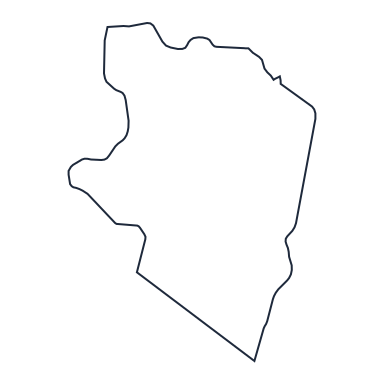 outline of Eastern Highlands
{"feature_id": "PNG-1243", "entity_name": "Eastern Highlands", "entity_type": "Province", "adm_level": 1, "iso_a3": "PNG", "parent_name": "Papua New Guinea", "parent_adm1": "", "projection": "robinson", "projection_center": [145.54, -6.548], "detail": "fine", "context": "isolated", "style": "outline", "palette": "slate", "viewbox_px": 384, "rotation_deg": 0, "n_neighbors": 0, "source": "natural_earth", "source_scale": "10m", "svg_char_len": 1431}
<svg xmlns="http://www.w3.org/2000/svg" viewBox="0 0 384 384"><path d="M147.1,23.0L150.4,23.4L153.3,25.6L162.4,41.6L166.0,45.6L170.6,47.5L177.9,49.0L182.4,48.9L185.3,47.8L187.2,45.0L188.6,42.2L190.6,39.9L193.4,38.1L198.6,37.3L202.8,37.5L207.2,38.6L209.5,40.0L212.6,44.6L214.4,46.3L216.4,46.8L244.5,48.2L245.3,48.3L248.4,48.3L252.9,52.8L259.1,56.9L262.0,59.9L264.5,68.6L267.3,72.3L270.8,75.6L273.6,79.8L274.9,78.9L278.4,77.2L279.8,76.4L280.6,80.3L280.7,83.9L283.9,86.2L312.1,106.6L314.2,109.4L315.4,113.3L315.4,118.9L296.0,223.2L294.5,227.4L292.3,230.9L287.3,236.3L285.8,238.7L285.6,241.6L286.5,244.6L287.9,248.0L288.7,251.9L289.1,256.8L291.7,265.4L291.8,270.0L290.9,274.4L289.1,278.0L287.2,280.4L278.3,289.3L275.8,292.7L274.0,296.1L272.9,299.2L267.2,321.2L266.1,324.0L264.7,326.2L263.7,328.4L254.4,361.0L136.9,272.3L145.3,239.4L145.5,236.8L144.3,234.2L140.0,227.8L138.7,226.3L137.3,225.6L116.5,223.9L115.1,223.0L87.6,193.9L82.7,190.7L79.5,189.1L76.2,187.9L73.4,187.3L71.7,186.2L70.1,184.1L68.6,174.7L68.6,170.9L70.9,166.9L73.0,164.9L82.0,159.5L84.6,158.7L87.6,158.8L91.0,159.5L101.3,160.0L104.4,159.6L106.9,158.3L109.1,155.6L115.3,146.4L118.0,143.7L122.7,140.3L124.6,138.3L126.5,135.2L127.7,131.5L128.4,127.6L128.6,120.8L125.7,100.1L124.5,95.7L122.6,93.0L120.7,91.9L116.2,90.1L114.1,88.7L106.5,81.8L105.0,78.4L104.0,73.4L104.7,40.4L107.5,27.0L123.5,26.0L129.0,26.4L147.1,23.0Z" fill="none" stroke="#1e293b" stroke-width="2"/></svg>